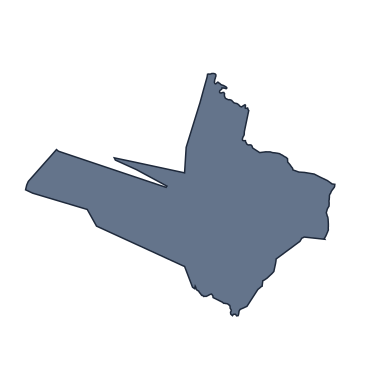 San Andrés Paxtlán, Oaxaca, Mexico (Albers equal-area conic projection), rotated 40°
{"feature_id": "50627088B89985884049438", "entity_name": "San Andrés Paxtlán", "entity_type": "district", "adm_level": 2, "iso_a3": "MEX", "parent_name": "Mexico", "parent_adm1": "Oaxaca", "projection": "albers", "projection_center": [-96.515, 16.212], "detail": "fine", "context": "isolated", "style": "filled", "palette": "slate", "viewbox_px": 384, "rotation_deg": 40, "n_neighbors": 0, "source": "geoboundaries", "source_scale": "gbopen_adm2", "svg_char_len": 4001}
<svg xmlns="http://www.w3.org/2000/svg" viewBox="0 0 384 384"><g transform="rotate(40 192 192)"><path d="M60.9,246.6L60.7,256.0L60.5,262.0L60.3,269.5L60.1,277.5L59.8,288.3L59.8,289.2L60.9,292.9L63.1,297.3L70.7,295.3L123.0,272.7L124.8,273.4L140.8,279.5L183.0,267.9L231.9,254.5L234.2,253.8L253.6,264.6L256.0,264.4L255.7,263.4L255.0,262.1L256.2,262.6L257.4,263.8L257.9,263.7L259.1,264.0L260.7,263.6L262.4,264.2L263.8,264.4L265.2,264.8L266.0,264.9L266.5,264.4L267.6,264.5L268.2,264.5L268.6,263.9L269.6,263.1L270.0,262.8L270.2,262.4L270.9,260.8L271.8,258.6L272.6,257.6L274.7,258.1L276.0,259.3L286.1,256.9L287.6,256.9L288.0,256.8L288.3,256.5L288.6,256.3L288.8,256.1L289.3,255.9L289.7,255.7L290.1,255.4L290.3,255.3L290.5,255.1L290.9,254.9L291.3,254.8L291.9,254.8L292.6,254.8L293.1,254.8L293.4,254.6L293.8,254.6L294.3,255.0L294.8,255.3L295.3,255.8L295.8,256.4L296.1,256.6L297.6,257.0L298.0,257.4L298.4,257.8L298.6,258.2L298.7,259.2L299.0,259.6L299.6,260.1L300.1,260.6L301.1,260.7L302.5,260.7L302.3,259.1L303.9,257.7L305.8,258.2L306.8,257.1L306.5,256.2L305.6,254.5L304.7,253.2L304.5,252.1L304.3,251.1L305.3,249.0L306.0,247.7L306.6,246.3L307.6,244.3L305.1,224.3L305.6,221.8L305.9,219.8L306.3,219.1L304.9,217.0L303.3,214.5L304.0,212.9L304.9,209.7L305.2,207.1L305.7,202.9L305.8,200.3L305.0,198.8L303.3,195.6L302.1,193.3L300.8,191.1L299.5,189.2L306.4,160.4L305.8,156.9L306.6,155.2L306.9,154.4L324.2,142.8L323.2,142.4L323.2,142.1L323.0,140.8L322.9,140.0L322.8,139.8L322.5,138.6L322.3,137.8L322.0,137.1L321.8,136.2L321.7,135.9L321.3,134.8L321.2,134.6L321.0,133.8L320.9,133.5L319.7,132.2L318.8,131.1L318.6,130.7L318.3,130.4L316.9,128.7L316.3,128.1L315.3,127.0L315.2,126.9L314.7,126.4L314.0,125.6L313.8,125.4L313.0,124.7L312.1,123.9L311.3,123.6L311.1,123.5L310.1,122.8L309.9,122.6L308.2,121.6L307.0,118.9L306.7,118.3L306.6,118.1L306.3,116.6L306.2,116.2L306.1,114.9L305.9,114.6L305.4,113.9L304.5,112.7L304.1,112.3L303.5,111.6L302.7,110.9L302.4,110.3L301.8,109.3L301.3,108.7L300.5,107.5L300.1,107.1L299.5,106.3L299.4,106.1L299.3,105.8L299.1,105.4L298.9,103.6L298.6,102.9L298.3,101.9L298.2,100.8L298.1,100.2L298.1,99.4L298.1,98.4L298.0,98.1L298.0,97.1L297.7,96.1L297.4,95.7L296.5,94.3L294.1,95.8L288.4,96.2L280.3,98.3L274.1,99.7L265.6,104.7L261.1,108.0L255.1,110.2L253.9,109.2L251.6,108.7L249.9,108.2L247.8,107.8L246.1,107.6L244.5,105.9L243.8,105.1L242.0,105.0L239.6,105.5L237.5,105.7L236.1,106.1L234.5,106.3L232.3,107.5L230.7,108.5L228.3,110.1L226.1,111.0L224.3,112.5L222.6,113.9L221.4,115.2L220.0,116.7L219.1,117.7L218.5,118.3L210.3,119.3L209.3,118.8L208.4,118.2L207.2,118.0L206.2,118.5L204.9,119.8L203.3,120.1L202.4,119.7L200.8,119.1L199.9,118.3L198.7,119.4L197.6,119.9L196.9,119.5L196.1,118.2L195.7,116.9L195.4,115.2L194.9,114.2L193.3,112.1L192.6,110.8L183.1,93.1L182.6,93.1L182.1,92.8L181.7,92.7L181.2,92.2L180.6,91.9L180.1,92.5L179.6,93.2L178.9,93.5L178.5,93.0L178.0,92.6L177.7,91.7L177.1,91.1L176.5,91.1L176.1,92.1L175.4,94.3L175.3,94.9L174.4,95.3L173.7,95.5L172.7,95.3L171.8,95.2L170.8,95.2L169.5,95.4L167.7,96.4L166.7,96.7L164.4,96.5L163.4,96.3L161.6,97.0L160.6,97.9L159.7,98.2L158.1,98.6L157.2,98.7L155.3,97.7L154.7,97.1L154.2,96.5L153.7,95.7L152.3,95.3L151.3,96.3L150.9,97.2L149.9,98.0L148.9,97.8L148.3,96.9L148.2,95.8L148.7,94.3L148.1,93.0L148.4,92.9L148.6,92.7L149.3,92.2L149.6,91.9L150.3,91.5L150.9,91.3L151.6,91.0L151.9,90.7L151.9,90.1L151.7,89.8L151.2,89.7L150.6,89.6L149.4,89.8L148.4,90.0L147.5,90.2L146.6,90.6L145.8,90.9L145.1,91.1L143.3,91.0L143.0,91.2L141.5,91.1L141.1,91.3L140.9,92.4L140.9,92.8L140.7,93.8L140.5,94.1L140.2,94.2L139.8,94.2L139.5,94.1L138.8,93.7L138.4,93.4L138.1,92.5L137.7,92.2L137.3,91.4L137.0,90.7L136.7,89.8L136.2,89.0L135.9,88.0L135.1,87.0L134.6,86.7L133.7,86.7L132.5,87.2L131.8,87.8L130.9,88.6L130.5,89.5L129.8,90.3L128.7,91.1L128.2,91.8L129.7,94.3L134.8,105.6L140.7,118.4L158.8,161.5L174.0,182.1L128.8,206.0L110.5,215.8L112.8,216.8L135.0,210.6L169.0,203.6L169.0,203.9L169.2,205.1L133.3,219.2L63.5,246.6L60.9,246.6Z" fill="#64748b" stroke="#1e293b" stroke-width="1.5"/></g></svg>